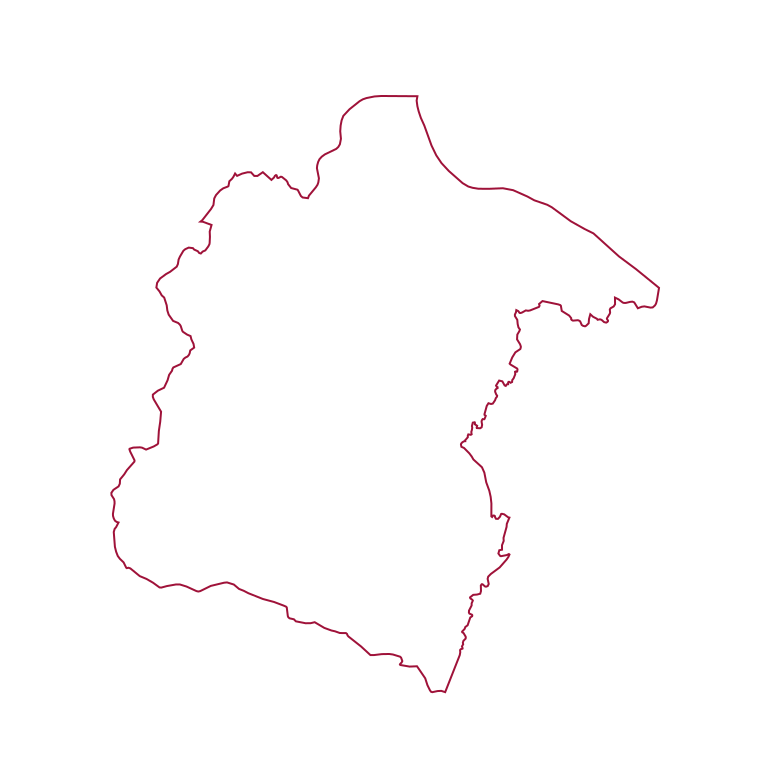 Uong Bi, Quảng Ninh, Vietnam (Robinson projection), rotated 194°
{"feature_id": "81297802B42641748496229", "entity_name": "Uong Bi", "entity_type": "district", "adm_level": 2, "iso_a3": "VNM", "parent_name": "Vietnam", "parent_adm1": "Quảng Ninh", "projection": "robinson", "projection_center": [106.761, 21.071], "detail": "fine", "context": "isolated", "style": "outline", "palette": "rose", "viewbox_px": 768, "rotation_deg": 194, "n_neighbors": 0, "source": "geoboundaries", "source_scale": "gbopen_adm2", "svg_char_len": 6161}
<svg xmlns="http://www.w3.org/2000/svg" viewBox="0 0 768 768"><g transform="rotate(194 384 384)"><path d="M140.4,543.8L167.2,556.4L186.8,564.6L217.2,580.8L226.8,582.9L242.1,587.1L264.0,596.1L269.0,597.4L282.6,598.6L290.2,600.6L305.6,603.3L316.0,602.7L329.3,598.8L339.6,596.3L345.5,595.8L350.0,596.0L356.3,597.9L372.7,606.4L381.6,612.2L388.6,618.5L395.6,626.9L407.4,644.5L412.6,651.1L416.3,656.9L418.8,661.6L420.9,666.9L421.2,671.3L456.3,662.8L462.8,660.7L470.2,657.2L473.4,655.1L476.1,652.5L483.9,642.3L488.3,634.4L488.9,629.6L488.6,624.3L487.6,618.6L485.1,611.5L484.8,605.9L485.7,602.9L487.2,600.6L496.9,592.5L499.4,589.5L501.0,586.5L501.6,583.6L501.7,580.1L501.3,577.2L496.9,567.8L496.5,563.7L496.7,561.3L497.7,558.4L502.4,548.6L502.7,545.9L508.1,545.3L510.1,546.3L514.5,551.3L515.1,551.6L521.5,551.7L525.4,554.7L526.4,556.4L528.1,557.9L533.1,560.2L534.2,560.2L536.2,558.4L537.1,558.2L537.5,558.4L538.6,560.4L539.3,560.6L540.2,559.6L540.7,557.7L542.6,554.8L552.8,560.2L557.1,555.3L560.2,554.5L564.2,557.2L567.5,556.5L572.6,553.8L576.9,550.4L579.4,552.2L580.2,548.7L581.1,546.4L583.1,543.3L582.8,538.5L583.3,537.8L587.3,535.0L589.8,532.1L592.7,526.7L593.6,523.0L592.8,516.4L594.2,511.9L600.0,498.9L601.3,497.2L599.1,497.6L589.8,496.6L590.0,489.8L588.5,484.7L587.3,478.7L587.2,477.4L587.8,474.9L589.7,470.4L592.0,468.6L593.3,466.3L595.0,466.4L596.8,467.8L600.7,468.5L602.3,469.6L606.5,469.1L609.5,466.7L610.9,464.7L612.8,458.3L613.4,455.1L613.0,450.5L613.5,447.7L618.7,441.1L622.1,437.9L626.8,432.2L628.6,427.3L628.2,422.5L624.2,419.5L621.1,416.2L618.2,414.7L613.9,407.8L612.0,402.9L609.7,399.2L603.9,394.2L598.5,393.4L596.4,392.2L595.2,391.0L592.6,386.8L591.7,386.0L587.0,384.3L583.3,383.7L581.7,380.7L578.5,376.8L577.0,373.4L580.1,369.7L580.0,366.8L580.3,365.1L581.3,363.1L583.1,361.6L584.4,359.9L586.0,354.2L592.4,349.1L592.9,347.5L592.9,345.6L594.7,340.9L594.9,335.3L596.5,327.2L601.8,322.8L605.7,317.8L605.2,315.6L603.7,313.4L593.6,303.2L592.0,293.2L591.1,284.0L588.8,271.6L589.3,270.6L592.3,267.7L599.0,262.8L603.4,263.7L605.5,263.5L612.0,261.6L615.2,259.6L615.2,259.0L613.9,257.0L607.6,249.6L607.4,248.3L612.6,238.3L614.2,233.5L617.0,227.6L616.2,223.3L616.8,220.4L620.9,215.9L622.2,212.4L621.5,210.2L618.1,207.0L617.1,205.0L616.5,202.8L615.6,192.4L615.0,190.4L613.7,188.2L612.0,186.3L610.1,185.5L608.1,185.4L609.3,180.3L610.3,178.3L610.4,175.0L605.7,160.9L603.3,156.4L600.7,152.7L598.0,150.5L593.5,147.9L589.7,143.4L589.0,143.1L587.5,143.9L585.5,143.7L574.5,138.5L567.3,137.4L560.0,135.3L552.6,132.3L550.8,132.6L545.8,135.4L537.5,139.1L533.5,140.1L526.6,139.7L515.9,137.7L514.0,137.7L512.2,138.6L503.2,146.2L491.1,152.5L488.3,153.5L481.2,153.1L475.1,150.1L470.0,149.4L465.0,148.2L449.5,146.1L438.0,145.9L427.7,144.7L425.3,144.3L424.3,143.7L421.2,135.6L420.4,134.5L419.0,133.8L414.5,133.9L412.1,132.4L402.2,132.9L397.5,134.1L393.6,136.1L382.9,132.9L375.3,132.1L371.8,132.2L366.6,131.7L360.7,133.1L359.5,132.6L358.4,131.1L357.4,130.4L342.8,123.8L331.6,117.7L328.3,118.5L320.7,121.4L313.6,123.3L309.9,123.7L302.4,123.3L301.2,122.6L299.2,119.6L299.5,118.1L300.6,116.3L300.7,115.7L300.2,115.3L290.8,116.0L283.7,118.1L272.8,108.4L269.0,102.3L265.3,97.9L263.8,96.7L262.5,96.7L257.8,99.0L254.2,100.1L250.1,99.8L244.9,139.3L245.1,142.1L245.8,144.2L245.4,145.2L243.8,146.2L243.8,146.6L244.9,148.3L244.2,150.6L244.9,152.0L244.8,154.0L243.2,156.7L243.4,158.2L243.9,158.9L246.6,161.6L248.0,162.0L248.3,162.7L246.5,165.9L246.3,167.9L244.5,170.1L243.8,178.3L242.3,180.0L242.4,181.0L242.8,181.4L245.6,181.9L246.3,182.7L246.7,184.7L245.4,190.3L245.9,192.4L245.4,195.3L246.1,196.0L248.4,196.9L248.9,197.8L246.4,201.0L242.8,202.2L239.9,203.8L239.8,206.6L241.3,211.9L240.8,213.3L239.9,213.5L237.0,212.0L236.0,212.0L234.5,213.0L234.0,215.3L236.3,220.0L236.3,222.3L234.4,225.5L227.4,234.0L222.6,243.3L221.5,246.2L221.0,248.9L221.7,249.2L223.5,247.7L228.9,245.2L229.7,245.3L232.0,247.2L231.9,250.6L229.4,251.8L230.5,256.1L229.9,260.7L230.8,263.6L230.5,275.0L231.0,278.0L230.0,284.7L231.3,284.7L235.8,286.6L238.2,286.6L238.9,286.2L239.4,283.2L240.8,280.7L242.7,280.3L243.9,281.5L244.5,282.7L245.5,283.0L246.3,282.7L246.9,281.1L247.8,281.5L250.9,294.1L253.2,300.3L256.0,305.9L261.0,313.3L265.2,322.3L268.8,326.9L279.0,332.4L281.3,334.8L284.5,337.4L290.9,341.3L293.7,341.8L294.7,343.9L294.7,344.9L293.8,346.5L292.3,347.9L291.3,348.2L291.6,349.1L289.8,352.6L290.2,354.1L290.0,355.5L287.5,355.7L286.8,356.4L287.7,358.6L287.6,360.6L287.8,363.0L288.5,364.4L288.5,368.0L286.8,368.8L286.3,368.2L286.1,366.9L283.5,366.0L283.6,364.3L283.3,363.7L280.0,364.3L278.8,365.6L278.9,368.1L280.2,371.0L280.3,372.3L279.8,373.8L278.3,374.0L278.0,374.4L277.6,377.4L277.6,377.8L279.0,378.4L279.2,379.0L279.0,387.6L278.0,390.6L275.3,390.5L273.7,391.3L272.3,395.1L272.1,397.3L271.3,399.1L271.4,400.1L272.5,400.9L274.3,403.4L274.6,404.9L273.7,406.8L272.8,407.4L273.0,408.4L274.3,408.9L274.9,409.6L273.1,415.2L269.8,415.2L266.6,411.8L265.4,411.6L264.8,413.3L263.5,413.8L263.9,415.4L263.7,416.2L262.9,416.4L261.5,415.8L260.2,416.9L260.5,418.8L259.6,420.9L259.0,425.2L259.8,427.6L259.1,428.1L258.1,428.0L257.8,428.6L258.0,430.5L258.5,431.2L266.0,433.5L267.0,434.1L266.0,440.8L264.2,446.5L260.2,450.9L260.1,452.4L260.3,453.5L261.6,455.5L265.7,459.5L266.6,464.2L265.4,468.2L265.3,469.8L267.2,471.4L268.8,474.5L270.2,478.5L273.4,481.6L273.8,483.1L273.3,485.5L273.5,487.7L271.3,487.2L269.7,485.8L268.7,485.9L267.4,486.7L264.2,489.7L261.9,489.9L260.1,490.7L252.3,496.3L252.0,497.6L252.9,499.1L250.3,502.8L234.2,503.4L232.0,503.2L231.3,502.7L229.2,497.9L220.9,495.2L218.3,493.2L218.0,492.0L217.3,491.5L216.0,491.2L211.3,492.8L209.7,492.6L208.8,492.2L206.4,489.1L204.9,488.6L202.9,488.6L202.0,489.4L200.1,492.4L200.8,496.6L200.7,501.6L197.4,499.8L193.2,498.8L192.3,498.0L190.1,499.0L188.5,498.9L185.4,497.3L183.3,497.3L182.5,498.0L181.9,498.9L182.0,499.8L183.3,500.9L183.6,501.6L181.9,506.9L181.9,508.1L182.9,510.8L182.6,512.2L179.9,514.8L179.1,517.3L180.8,523.7L176.9,522.9L172.1,520.8L170.8,520.7L169.1,521.1L165.1,523.2L162.9,524.0L160.9,523.7L156.0,518.9L152.6,521.3L150.1,522.3L143.9,522.6L141.8,523.3L140.1,525.8L139.5,527.8L139.4,531.2L140.4,543.8Z" fill="none" stroke="#9f1239" stroke-width="2"/></g></svg>